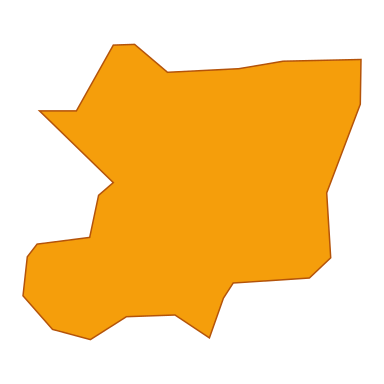 Niamey, Niamey, Niger (Albers equal-area conic projection)
{"feature_id": "23599985B37846693808008", "entity_name": "Niamey", "entity_type": "district", "adm_level": 2, "iso_a3": "NER", "parent_name": "Niger", "parent_adm1": "Niamey", "projection": "albers", "projection_center": [2.087, 13.524], "detail": "fine", "context": "isolated", "style": "filled", "palette": "amber", "viewbox_px": 384, "rotation_deg": 0, "n_neighbors": 0, "source": "geoboundaries", "source_scale": "gbopen_adm2", "svg_char_len": 428}
<svg xmlns="http://www.w3.org/2000/svg" viewBox="0 0 384 384"><path d="M39.5,110.9L113.3,182.6L98.6,195.3L89.7,237.4L37.1,244.1L27.3,256.8L23.0,295.8L52.5,329.4L90.4,339.6L126.4,316.7L175.0,315.0L209.4,337.9L223.4,298.2L233.2,283.0L309.4,278.0L330.7,257.8L326.7,192.9L360.3,104.2L361.0,59.5L283.1,61.2L238.8,68.7L167.5,72.3L134.6,44.4L113.3,45.1L76.4,110.9L39.5,110.9Z" fill="#f59e0b" stroke="#b45309" stroke-width="1.5"/></svg>